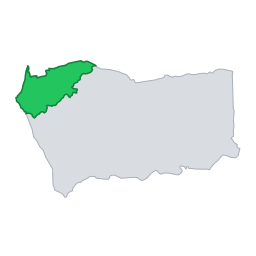 Ghana, with Western highlighted, rotated 89°
{"feature_id": "GHA-2162", "entity_name": "Western", "entity_type": "Region", "adm_level": 1, "iso_a3": "GHA", "parent_name": "Ghana", "parent_adm1": "", "projection": "robinson", "projection_center": [-2.27, 5.896], "detail": "fine", "context": "in_parent", "style": "filled", "palette": "green", "viewbox_px": 256, "rotation_deg": 89, "n_neighbors": 0, "source": "natural_earth", "source_scale": "10m", "svg_char_len": 6741}
<svg xmlns="http://www.w3.org/2000/svg" viewBox="0 0 256 256"><g transform="rotate(89 128 128)"><path d="M157.4,18.3L159.3,20.4L159.7,21.6L159.0,26.1L157.6,29.2L156.7,32.2L156.9,33.7L157.7,35.1L160.7,37.4L162.2,38.9L164.0,41.2L166.1,43.4L169.6,46.3L171.1,46.9L171.1,47.7L170.6,48.8L170.3,59.6L170.0,62.4L169.7,63.8L169.4,67.8L169.1,68.4L168.4,68.4L167.8,68.5L167.6,69.3L167.9,70.1L170.0,70.7L169.5,71.3L168.0,71.9L167.2,73.1L167.5,74.5L166.7,75.6L166.9,76.3L167.5,76.9L168.4,76.7L170.9,74.8L171.9,74.6L173.2,75.0L175.6,77.8L175.7,79.2L174.7,84.0L173.8,87.7L173.6,92.6L174.6,95.3L174.5,96.8L173.4,98.1L171.0,100.0L171.1,101.3L172.3,103.7L174.3,106.4L178.4,109.7L180.6,114.0L180.6,115.8L179.4,117.5L177.9,119.1L177.4,121.3L178.1,135.8L174.9,142.0L174.9,143.8L175.2,145.9L176.1,147.2L177.7,147.5L179.0,148.7L178.6,153.2L177.9,157.7L177.8,159.8L177.4,160.9L176.1,161.7L175.7,163.1L176.0,164.9L175.7,166.2L176.4,167.9L177.9,169.9L180.2,175.1L181.1,175.5L181.6,176.6L181.3,177.7L182.2,180.0L184.8,182.3L187.6,184.3L189.8,184.6L190.3,186.4L191.8,188.7L192.9,189.7L194.5,190.3L195.9,190.7L196.0,192.6L193.5,193.9L191.8,195.9L190.5,198.9L188.8,202.3L182.6,204.0L180.3,204.0L167.7,204.1L155.9,210.7L149.1,213.0L144.9,216.7L139.3,219.3L135.4,222.5L127.2,224.0L113.8,229.0L109.6,231.0L105.4,234.5L98.5,238.6L95.8,238.5L90.4,234.7L86.4,232.8L76.5,229.9L69.1,228.8L65.5,227.5L64.5,227.3L65.4,225.9L67.4,225.8L69.6,226.2L71.2,225.2L73.6,225.0L74.3,224.0L74.5,221.2L74.4,219.0L75.3,218.0L75.5,215.4L74.3,209.5L73.5,208.9L69.2,208.1L68.8,206.9L68.1,205.7L67.2,202.7L66.3,198.2L64.8,192.7L61.9,183.6L61.2,180.4L60.7,177.1L60.6,173.2L61.2,171.7L61.1,169.7L60.8,167.7L62.9,163.1L66.9,157.4L67.7,155.3L68.5,153.9L68.6,151.9L69.3,145.2L71.2,137.3L72.4,134.2L73.2,132.6L74.2,129.9L74.5,128.7L78.2,125.6L79.8,124.7L80.2,123.5L79.6,122.1L79.9,121.2L80.8,120.8L82.1,120.4L83.1,119.1L81.6,109.2L80.3,99.4L80.2,98.6L79.5,97.2L78.8,93.2L77.5,90.8L75.8,90.1L75.8,87.9L77.5,84.1L78.0,81.9L77.2,81.2L77.0,79.5L77.6,76.7L77.3,75.0L77.0,73.1L75.2,68.8L74.8,65.8L75.7,64.0L75.7,60.1L74.7,54.1L74.5,50.3L75.2,48.7L74.9,47.2L73.6,45.8L73.5,44.4L74.6,43.1L74.4,42.0L73.0,41.2L71.8,39.4L70.7,36.5L70.9,31.7L73.0,23.1L73.3,22.4L75.6,22.4L75.7,22.8L83.0,22.7L91.5,22.6L101.6,22.5L110.7,22.4L111.1,22.0L112.7,21.5L121.9,22.4L127.7,22.0L130.2,22.3L132.0,22.8L136.0,22.5L138.1,22.7L139.7,24.9L140.4,24.8L141.3,23.9L142.9,22.9L144.5,22.1L145.6,20.4L146.4,19.1L147.4,19.3L148.9,19.3L149.9,18.2L150.3,16.5L157.4,18.3Z" fill="#d9dde1" stroke="#a8b0b8" stroke-width="1"/><path d="M62.8,187.0L62.4,186.5L60.0,174.3L60.0,173.7L60.3,173.3L60.8,173.0L61.0,172.8L61.6,170.9L61.5,170.6L61.1,169.7L60.7,169.2L60.6,168.8L60.6,167.6L61.2,166.2L64.7,159.4L65.1,159.1L65.1,159.3L65.4,161.1L65.6,161.8L65.9,162.4L66.0,162.6L66.4,162.9L66.6,163.1L66.8,163.1L67.2,163.2L67.3,163.2L67.5,163.1L68.7,162.6L69.0,162.5L69.3,162.6L69.8,162.8L70.7,163.4L71.2,163.9L71.5,164.3L72.2,165.8L72.4,166.5L72.8,167.7L72.9,167.9L72.9,168.6L72.9,168.8L73.0,168.9L73.0,169.1L73.1,169.5L73.1,169.8L72.9,170.5L72.8,170.9L72.8,171.2L72.9,171.5L73.1,172.1L73.2,172.4L73.2,172.7L73.2,173.0L73.3,173.1L73.4,173.3L73.6,173.3L74.4,173.6L74.7,173.7L75.9,174.8L76.0,174.9L76.4,175.0L76.7,175.0L77.9,174.9L78.2,174.9L78.4,175.0L78.8,175.2L79.0,175.4L79.2,175.6L79.3,176.3L79.4,176.6L79.6,176.9L79.7,177.0L79.9,177.1L80.0,177.2L80.6,177.4L81.0,177.6L81.3,177.9L82.7,181.2L82.8,181.3L83.0,181.4L84.0,181.5L84.3,181.6L84.7,181.8L85.1,182.1L85.3,182.3L85.6,182.3L85.5,183.1L85.7,183.3L86.0,183.3L86.4,183.3L86.6,183.3L86.8,183.1L87.0,183.0L87.3,182.6L87.4,182.4L87.6,182.1L87.7,181.7L87.8,181.3L88.1,178.9L88.2,178.6L88.3,178.2L88.5,178.1L88.9,178.0L89.0,178.1L89.3,178.2L90.2,178.9L90.4,178.9L90.7,178.9L91.3,178.7L91.6,178.6L91.8,178.7L92.0,178.8L92.1,179.0L92.1,179.3L92.1,179.5L91.5,181.5L91.5,181.9L91.5,182.1L91.5,182.3L91.9,182.6L94.1,183.2L94.3,183.3L94.5,183.5L94.8,183.9L94.8,184.1L95.0,184.6L95.0,184.8L95.1,185.0L95.3,185.3L95.5,185.4L96.4,185.4L96.3,185.9L96.1,186.2L95.6,186.7L95.2,187.0L94.4,187.4L93.8,187.7L93.6,188.0L93.4,188.3L93.3,188.8L93.3,189.2L93.4,189.6L93.4,189.9L93.5,190.1L93.7,190.6L93.9,190.7L94.7,191.4L95.2,191.7L95.5,191.7L95.7,191.8L96.3,192.0L96.5,192.2L96.8,192.6L96.9,192.8L97.3,193.7L97.4,193.9L97.5,194.0L98.6,194.5L99.1,194.8L99.3,195.0L99.9,195.7L101.3,197.9L101.3,198.0L102.0,198.6L102.3,198.8L103.0,199.0L103.4,199.3L103.6,199.6L104.0,200.2L104.2,200.6L104.2,200.9L104.2,201.1L104.1,201.7L104.0,202.2L104.1,202.6L104.1,202.8L104.3,203.0L104.7,203.2L104.9,203.4L104.9,203.6L104.9,203.9L104.6,204.1L104.5,204.3L104.4,204.6L104.4,204.8L104.4,205.5L104.4,205.9L104.2,206.6L104.0,207.2L104.0,207.5L104.0,207.8L104.1,208.5L104.2,208.8L104.4,209.0L104.6,209.0L105.7,208.6L106.0,208.5L106.4,208.4L106.6,208.4L106.8,208.5L107.1,208.6L107.4,208.9L107.6,209.0L107.9,209.1L108.6,209.1L109.0,209.2L109.3,209.3L109.6,209.5L110.2,209.8L110.6,210.2L111.0,210.7L111.3,211.2L111.3,211.4L111.3,211.5L111.1,211.9L111.0,212.1L110.9,212.2L110.6,212.3L110.5,212.6L110.4,212.9L110.3,213.3L110.3,213.5L110.4,214.2L110.6,214.8L111.1,215.4L111.2,215.6L111.4,215.8L111.8,215.9L111.9,216.0L112.1,216.2L112.4,216.4L112.5,216.6L112.6,216.9L112.8,217.7L112.9,217.9L113.0,218.1L113.4,218.6L114.4,219.7L115.7,220.5L115.9,220.8L116.2,221.2L116.3,221.4L116.3,221.6L116.2,221.7L115.3,222.5L114.9,223.1L114.7,223.3L114.4,223.4L114.2,223.5L113.6,223.5L113.2,223.6L112.9,223.7L112.8,223.8L112.7,224.0L111.9,225.5L111.7,225.8L111.6,226.2L111.5,227.1L111.5,227.4L111.8,229.7L111.3,229.5L110.8,229.4L110.3,229.6L109.9,229.9L109.8,230.2L110.0,230.7L110.0,231.0L109.8,231.2L109.7,231.4L107.6,232.5L107.2,232.9L106.3,234.0L106.2,234.2L106.3,234.5L106.0,234.7L105.7,234.7L103.6,235.4L101.3,236.6L100.8,237.1L100.0,238.2L99.6,238.7L99.2,238.9L97.0,239.2L96.6,239.4L95.8,239.5L95.6,239.4L95.4,239.2L95.3,238.8L95.4,238.5L95.3,238.1L94.9,238.0L94.6,238.0L94.2,237.8L93.8,237.8L93.9,237.6L93.6,237.3L92.3,236.1L91.6,235.8L91.3,235.6L91.2,235.3L91.2,235.0L91.0,234.8L90.9,234.5L87.7,233.1L82.5,231.9L77.5,230.0L73.5,229.7L69.1,228.8L64.8,227.3L64.3,227.2L64.5,226.6L65.0,226.4L65.3,226.4L67.5,226.4L68.2,226.6L68.4,226.8L68.7,227.4L68.9,227.6L69.3,227.5L69.9,227.2L70.3,227.1L70.2,226.1L71.0,225.7L72.1,225.5L72.8,225.2L74.0,225.2L74.7,225.1L75.1,224.8L75.4,224.1L75.3,223.9L74.9,223.5L74.8,223.4L74.7,223.1L74.9,222.3L74.9,222.0L74.8,221.7L74.3,221.0L74.2,220.5L74.4,218.3L75.5,218.5L75.9,218.5L76.2,218.0L76.3,217.4L76.1,216.8L75.3,214.6L74.8,212.1L74.7,210.3L74.6,209.7L74.3,209.3L73.9,208.9L71.8,208.3L71.3,208.5L70.3,209.2L69.7,209.3L68.9,208.8L68.8,207.9L69.1,205.7L67.1,205.9L67.4,202.0L67.3,200.7L67.0,199.5L65.8,197.0L65.3,195.8L64.4,190.0L63.8,188.1L62.9,187.2L62.8,187.0Z" fill="#22c55e" stroke="#15803d" stroke-width="1.5"/></g></svg>